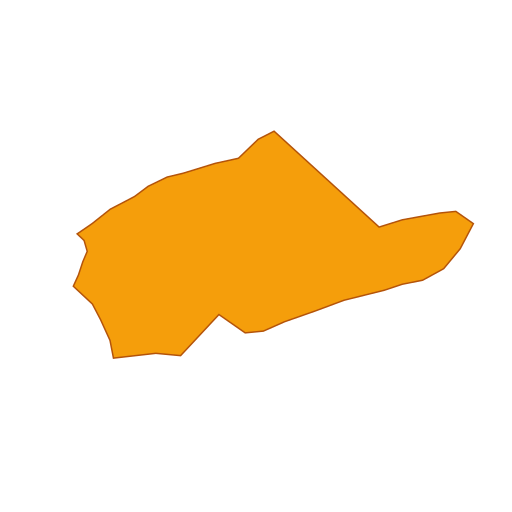 outline of Agios Georgios Kafkaliou, Nicosia, Cyprus, rotated 223°
{"feature_id": "46923920B34200358221889", "entity_name": "Agios Georgios Kafkaliou", "entity_type": "district", "adm_level": 2, "iso_a3": "CYP", "parent_name": "Cyprus", "parent_adm1": "Nicosia", "projection": "orthographic", "projection_center": [33.003, 35.032], "detail": "fine", "context": "isolated", "style": "filled", "palette": "amber", "viewbox_px": 512, "rotation_deg": 223, "n_neighbors": 0, "source": "geoboundaries", "source_scale": "gbopen_adm2", "svg_char_len": 684}
<svg xmlns="http://www.w3.org/2000/svg" viewBox="0 0 512 512"><g transform="rotate(223 256 256)"><path d="M290.6,84.1L262.9,116.5L243.2,131.7L243.2,187.9L211.5,192.4L199.4,206.1L190.3,227.4L175.2,256.2L161.5,283.6L138.8,318.5L129.7,335.2L117.6,352.0L110.1,374.7L111.6,400.6L119.1,427.9L140.3,424.9L150.9,412.8L160.0,400.6L173.6,382.4L185.7,361.1L327.9,359.6L334.0,342.9L335.5,315.5L349.1,295.8L365.7,266.9L374.8,253.2L382.4,233.5L385.4,216.7L391.3,199.9L394.5,190.9L397.9,168.2L398.7,164.4L401.9,150.2L392.3,150.1L382.6,144.3L378.7,133.6L372.9,121.0L369.0,109.3L356.4,109.3L342.9,109.3L326.4,103.5L305.2,94.7L290.6,84.1Z" fill="#f59e0b" stroke="#b45309" stroke-width="1.5"/></g></svg>